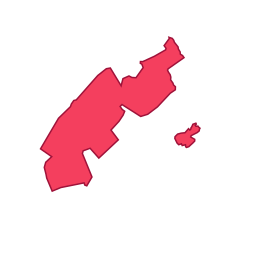 outline of Kanimekh, Navoi, Uzbekistan, rotated 310°
{"feature_id": "79887680B53513489447097", "entity_name": "Kanimekh", "entity_type": "district", "adm_level": 2, "iso_a3": "UZB", "parent_name": "Uzbekistan", "parent_adm1": "Navoi", "projection": "mercator", "projection_center": [64.925, 40.708], "detail": "fine", "context": "isolated", "style": "filled", "palette": "rose", "viewbox_px": 256, "rotation_deg": 310, "n_neighbors": 0, "source": "geoboundaries", "source_scale": "gbopen_adm2", "svg_char_len": 1429}
<svg xmlns="http://www.w3.org/2000/svg" viewBox="0 0 256 256"><g transform="rotate(310 128 128)"><path d="M223.8,101.1L223.1,102.1L214.3,102.7L213.5,105.9L212.1,106.6L199.9,102.1L188.3,96.6L186.9,94.8L185.5,95.8L185.8,97.6L184.0,100.8L171.7,101.8L169.2,98.5L168.5,95.3L162.6,92.4L155.9,95.6L162.6,75.9L159.5,73.3L148.8,71.1L116.3,70.3L114.2,68.8L109.9,69.2L107.4,70.2L90.8,68.5L55.8,74.4L57.0,88.0L48.9,87.0L44.0,89.2L39.8,95.0L37.4,97.9L30.9,110.5L39.2,114.8L57.7,129.6L56.5,131.6L57.2,133.6L67.3,131.9L79.1,109.5L81.7,108.3L88.1,112.0L86.2,125.0L112.7,128.2L115.5,116.3L127.3,116.8L134.7,116.0L138.7,114.7L138.5,111.7L139.4,108.1L142.1,108.3L145.0,130.3L151.2,134.3L163.1,137.0L181.8,138.0L187.7,139.7L190.1,137.8L190.2,135.3L191.3,133.5L192.3,129.7L194.5,128.1L195.9,126.1L196.8,123.1L197.7,121.1L199.2,120.7L217.9,125.7L218.6,123.2L218.2,120.7L219.8,119.0L220.9,115.8L222.3,114.2L223.5,108.4L224.6,106.6L225.1,104.3L223.8,101.1ZM158.0,187.3L160.9,187.5L162.2,186.4L161.4,181.8L162.8,181.3L169.1,184.0L171.6,184.4L172.8,183.6L174.1,183.3L174.1,181.3L174.4,180.4L173.0,178.9L173.3,177.8L174.9,177.8L175.3,176.9L172.6,175.3L169.8,176.1L168.7,176.1L167.6,176.8L166.2,176.7L166.4,174.8L161.0,174.7L158.2,172.0L155.2,169.9L151.6,169.6L150.1,170.6L148.0,175.3L147.8,177.6L150.2,179.1L149.4,180.8L152.1,182.8L150.7,184.2L150.7,185.3L152.8,186.6L156.0,187.0L158.0,187.3Z" fill="#f43f5e" stroke="#9f1239" stroke-width="1.5"/></g></svg>